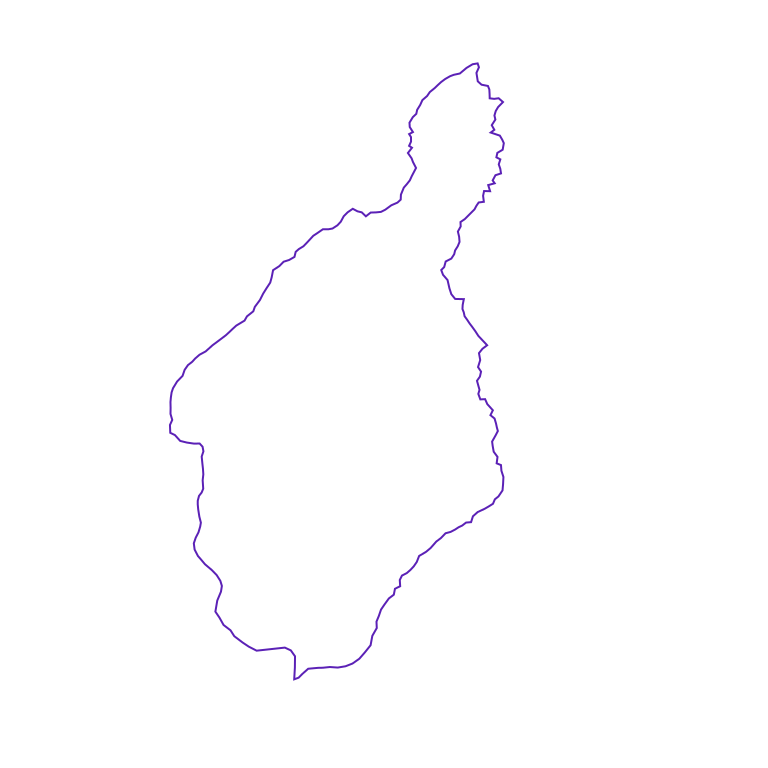 Alexânia, Goiás, Brazil (Robinson projection), rotated 230°
{"feature_id": "56859067B77264834644366", "entity_name": "Alexânia", "entity_type": "district", "adm_level": 2, "iso_a3": "BRA", "parent_name": "Brazil", "parent_adm1": "Goiás", "projection": "robinson", "projection_center": [-48.46, -16.12], "detail": "fine", "context": "isolated", "style": "outline", "palette": "violet", "viewbox_px": 768, "rotation_deg": 230, "n_neighbors": 0, "source": "geoboundaries", "source_scale": "gbopen_adm2", "svg_char_len": 3646}
<svg xmlns="http://www.w3.org/2000/svg" viewBox="0 0 768 768"><g transform="rotate(230 384 384)"><path d="M470.1,609.0L474.1,611.4L478.5,613.1L481.3,617.5L485.4,615.8L488.2,619.4L487.2,625.5L491.5,630.6L495.1,631.6L499.8,632.4L508.0,627.4L507.8,631.9L513.0,632.9L515.0,639.3L518.7,641.2L521.3,645.1L522.8,649.4L523.5,656.4L529.2,655.5L531.6,651.7L534.9,648.6L538.3,651.3L541.9,654.0L545.5,655.2L550.6,651.1L555.6,650.4L562.9,654.8L565.6,660.3L569.4,661.8L572.0,657.4L573.1,650.4L573.1,641.7L576.0,636.2L577.3,632.5L578.3,627.0L578.6,621.9L578.4,617.3L578.1,613.1L578.2,606.8L576.9,602.1L576.8,595.9L574.5,591.1L572.7,585.6L570.2,582.4L569.9,577.6L567.8,571.5L564.3,568.9L558.4,568.1L559.3,563.9L555.8,563.4L552.3,560.5L550.3,556.3L547.0,557.3L545.6,550.8L539.1,550.2L535.5,548.9L528.9,547.4L525.4,538.9L523.4,534.7L522.4,529.9L521.7,525.4L518.2,518.7L514.5,515.3L514.3,510.9L516.2,504.5L516.7,497.0L517.8,492.3L520.6,488.2L523.9,484.0L524.1,477.9L529.8,477.3L533.3,474.7L538.3,472.7L538.9,466.5L538.4,461.0L536.1,455.2L535.5,450.3L536.2,444.5L538.2,441.0L541.8,436.7L542.5,429.4L543.0,425.1L541.8,415.7L541.3,410.8L542.1,405.5L542.0,401.3L538.9,397.1L540.0,391.0L542.2,385.7L541.6,379.6L542.5,372.2L537.9,366.5L534.8,362.0L532.8,355.3L530.9,349.5L528.1,343.0L526.1,334.6L523.7,330.6L523.9,322.5L522.2,317.9L523.7,308.4L523.5,303.4L523.2,298.9L523.0,294.1L523.4,286.3L523.9,277.5L523.6,268.3L525.0,261.5L524.9,255.8L524.3,251.4L524.5,246.0L523.0,240.4L519.7,234.9L518.9,227.1L516.4,219.7L514.1,215.9L510.7,212.1L507.4,208.8L502.9,205.2L498.3,201.2L492.6,198.7L490.2,193.7L484.0,188.9L479.3,191.0L471.4,191.3L465.9,195.3L460.5,200.1L456.9,204.5L452.6,204.7L448.5,202.4L445.6,197.7L439.6,193.6L435.4,190.8L430.9,187.5L426.8,183.2L420.0,178.2L418.1,174.6L417.2,170.4L414.3,166.3L411.6,164.0L407.4,161.1L401.1,157.3L395.5,154.6L392.9,151.5L389.6,146.5L387.3,141.0L384.2,135.9L378.9,132.5L371.8,130.9L367.6,131.0L361.0,131.0L352.1,132.5L345.2,133.0L338.4,132.1L333.5,130.0L329.7,125.6L325.3,117.1L318.0,108.5L311.0,107.8L302.5,106.2L294.0,108.1L287.0,107.2L276.9,109.5L269.7,111.6L261.6,115.0L245.8,138.6L239.8,141.4L232.6,140.8L224.0,133.4L215.5,125.4L213.9,129.8L214.4,135.2L214.6,142.9L208.9,151.1L206.0,154.7L202.0,160.6L196.5,166.3L192.5,173.1L190.1,180.2L189.4,188.5L190.7,196.8L192.5,205.8L198.6,213.2L201.7,221.6L206.8,225.5L209.6,230.9L213.1,236.7L214.8,242.7L216.6,249.9L216.3,256.1L220.1,260.8L218.7,266.4L223.7,270.1L225.7,274.6L224.5,279.9L224.6,284.8L225.2,289.6L226.6,294.7L229.7,300.4L228.4,308.4L228.4,314.3L229.7,322.8L229.4,328.6L230.1,335.2L227.9,339.9L226.8,344.9L226.3,349.1L225.3,352.9L225.1,357.8L222.2,361.9L225.5,367.1L225.7,373.4L223.7,380.9L222.9,385.5L222.2,390.5L224.4,394.8L224.3,399.4L226.3,406.4L230.7,410.8L236.0,415.7L242.1,418.2L246.7,421.5L250.8,419.3L255.2,424.1L261.6,424.5L266.8,427.5L270.4,429.8L273.0,436.7L274.8,441.0L278.1,442.5L281.7,444.4L286.5,446.5L291.7,445.5L293.9,450.5L302.2,450.2L307.4,451.7L310.3,447.9L315.8,449.9L318.1,453.4L322.3,455.3L326.7,457.3L328.0,462.2L331.1,466.3L336.5,466.9L340.5,473.1L346.6,476.6L347.7,482.1L347.4,487.9L354.7,487.5L360.2,487.2L365.8,487.9L371.3,488.3L375.4,488.5L379.8,489.0L384.1,489.3L387.7,491.2L391.0,492.3L394.0,495.1L397.7,499.7L403.4,493.2L409.5,493.3L415.2,495.6L422.8,499.5L429.7,499.4L434.5,501.1L434.9,505.3L438.2,510.0L436.8,516.2L438.3,521.2L440.6,524.3L442.1,529.0L444.3,533.2L448.5,536.2L453.3,538.6L455.4,544.0L458.9,546.7L458.4,552.0L458.9,557.5L459.6,565.6L461.1,569.3L462.2,573.2L459.4,577.6L464.5,580.9L467.5,584.7L463.5,589.2L469.4,591.7L466.6,597.8L470.1,598.1L472.3,603.6L470.1,609.0Z" fill="none" stroke="#5b21b6" stroke-width="2"/></g></svg>